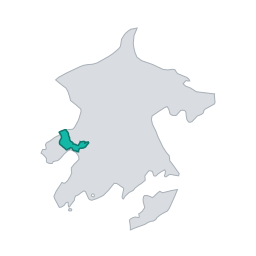 Qakh District, Qax, Azerbaijan shown in context, rotated 280°
{"feature_id": "54616110B49356278605879", "entity_name": "Qakh District", "entity_type": "district", "adm_level": 2, "iso_a3": "AZE", "parent_name": "Azerbaijan", "parent_adm1": "Qax", "projection": "orthographic", "projection_center": [46.895, 41.256], "detail": "fine", "context": "in_parent", "style": "filled", "palette": "teal", "viewbox_px": 256, "rotation_deg": 280, "n_neighbors": 0, "source": "geoboundaries", "source_scale": "gbopen_adm2", "svg_char_len": 5020}
<svg xmlns="http://www.w3.org/2000/svg" viewBox="0 0 256 256"><g transform="rotate(280 128 128)"><path d="M176.6,207.4L175.6,207.3L168.1,209.3L166.5,208.7L160.0,200.7L158.7,199.8L155.9,199.5L154.3,198.1L152.9,196.0L152.1,194.4L145.5,190.0L144.5,188.4L144.3,187.0L145.3,185.7L146.4,184.6L149.6,183.4L153.3,182.4L154.5,181.7L155.1,180.5L155.0,178.7L154.4,176.8L149.0,173.5L148.4,172.1L148.2,170.3L148.4,168.4L149.3,166.9L153.6,164.9L155.9,162.8L154.4,160.5L149.6,155.3L144.0,149.6L140.3,149.6L136.0,151.4L129.1,156.4L125.3,158.5L120.4,162.0L115.0,165.9L110.6,170.0L107.8,173.4L102.9,174.9L100.3,177.8L92.0,186.3L89.7,186.2L89.6,181.9L89.7,178.6L89.2,176.6L86.5,174.0L86.5,172.8L87.2,172.1L89.3,172.5L91.9,172.4L93.2,171.4L90.3,167.9L87.9,165.5L85.7,163.9L85.3,163.0L85.3,162.3L85.7,161.5L89.4,159.6L89.7,157.9L89.5,155.9L83.8,152.9L79.4,154.0L75.6,150.7L73.2,148.1L70.1,145.4L67.4,143.9L64.8,140.4L60.2,136.9L57.3,135.8L57.4,135.3L57.9,134.7L59.1,134.1L67.3,134.4L68.3,133.8L68.8,132.3L69.9,130.1L71.3,126.8L71.2,124.0L63.1,119.5L57.2,115.3L53.2,109.8L50.5,104.8L50.7,103.2L51.5,101.6L57.9,97.2L58.3,96.0L58.2,95.2L56.0,92.9L53.2,90.4L52.3,88.6L50.6,87.7L47.2,87.6L41.4,84.5L40.1,84.2L39.9,83.6L40.2,83.0L44.4,81.9L44.4,80.9L43.1,79.6L40.8,78.6L38.6,76.2L37.9,74.1L45.6,68.1L47.9,66.9L52.8,68.1L63.0,72.4L62.3,74.6L63.3,75.9L65.7,77.7L70.2,79.5L74.0,80.4L76.0,79.7L78.9,79.1L82.8,81.1L86.3,83.7L88.0,84.8L89.0,85.1L91.7,84.2L94.9,80.9L96.2,76.9L96.6,75.0L94.7,72.3L90.9,69.4L86.5,66.9L83.8,64.6L82.0,60.2L80.2,59.7L79.8,59.1L79.5,57.6L79.6,55.5L80.2,53.9L82.0,53.2L83.7,53.0L85.3,51.4L87.4,48.4L88.2,46.7L92.0,47.7L92.5,50.4L93.1,51.0L94.7,50.7L97.3,49.6L99.3,50.4L102.0,53.7L105.6,57.1L107.6,59.4L108.4,61.0L110.3,62.5L113.1,64.3L115.3,67.1L117.2,73.7L119.2,75.2L126.4,77.6L128.9,78.1L135.9,78.9L138.4,78.3L141.9,72.6L145.0,66.7L148.0,65.4L153.5,62.5L156.7,59.8L158.0,56.9L161.0,51.5L162.8,48.4L166.0,51.0L171.7,58.2L180.0,70.0L182.0,73.3L183.4,77.2L184.6,81.9L186.6,86.1L195.0,96.4L198.6,100.2L204.5,105.1L206.6,106.2L209.3,106.4L214.2,106.2L218.8,108.0L221.1,109.3L223.5,111.3L225.7,113.5L228.0,119.6L220.0,117.9L212.1,118.5L207.6,120.0L203.3,121.9L199.2,124.6L196.7,129.7L194.8,141.3L191.8,152.2L192.1,157.2L193.6,162.0L193.5,164.2L192.1,165.3L190.2,167.3L188.0,177.3L186.8,179.3L185.2,180.6L184.7,179.5L184.8,176.9L181.2,174.6L179.3,177.3L178.2,182.8L175.7,188.6L175.6,189.7L176.6,207.4ZM56.8,106.0L57.1,104.4L56.2,103.7L55.1,103.7L54.2,104.4L54.2,106.4L55.4,106.7L56.8,106.0ZM29.7,150.6L28.5,148.9L28.0,148.0L31.5,147.4L37.5,145.4L39.1,146.5L40.7,148.7L41.6,150.5L41.7,154.0L42.4,154.6L45.3,153.5L46.5,154.9L48.7,156.6L52.5,158.3L58.1,155.8L60.9,155.2L63.2,155.3L64.4,156.1L64.8,158.8L64.3,162.1L63.6,163.9L64.8,165.2L69.3,168.5L71.2,170.3L70.2,173.3L73.6,180.9L74.7,183.8L76.0,187.4L69.0,185.9L56.4,182.7L53.0,181.1L49.8,176.9L47.9,174.8L45.0,172.2L42.7,171.2L40.9,169.3L40.0,166.6L38.5,164.2L36.0,161.3L30.4,151.6L29.7,150.6ZM38.4,86.4L37.7,86.9L36.5,86.4L36.2,85.2L36.3,83.9L37.5,83.7L38.4,84.1L38.6,85.2L38.4,86.4Z" fill="#d9dde1" stroke="#a8b0b8" stroke-width="1"/><path d="M115.4,67.4L115.4,66.9L115.4,66.2L115.1,65.7L114.6,64.9L114.1,64.1L113.8,63.4L113.3,62.7L113.0,62.3L112.7,61.8L112.3,61.2L111.7,61.0L111.2,61.5L110.9,61.8L110.6,62.1L110.3,62.4L110.1,62.5L109.9,62.7L109.5,63.1L109.1,63.4L108.5,63.7L107.9,63.9L107.4,64.0L106.7,64.2L106.1,64.0L105.7,63.9L105.2,63.7L104.5,63.4L104.0,63.3L103.4,63.0L103.0,63.0L101.9,63.0L101.4,63.1L100.7,63.4L100.3,63.6L99.9,64.1L99.6,64.7L99.3,65.2L99.0,65.8L98.7,66.3L98.3,66.9L97.9,67.5L97.6,68.1L97.4,68.6L97.1,69.2L96.7,69.8L96.3,70.2L95.9,70.9L95.8,71.2L96.1,71.9L96.4,72.2L96.9,72.6L97.3,73.2L97.3,74.0L97.9,74.3L98.6,74.6L98.8,75.2L98.6,76.0L98.4,76.6L97.9,76.7L97.5,77.0L97.3,77.3L96.8,77.8L96.5,78.3L96.4,79.1L96.5,79.8L96.4,80.6L96.1,81.2L95.9,81.7L96.2,82.3L95.9,82.8L96.0,83.4L96.6,83.3L97.4,83.3L98.3,83.4L99.0,83.7L99.6,84.2L100.0,84.9L100.0,85.6L100.1,86.2L100.3,86.7L100.4,87.2L100.6,87.6L101.1,88.3L101.4,88.7L101.7,89.1L102.2,89.6L102.4,89.8L102.7,90.0L102.6,89.9L103.2,89.9L104.4,90.7L105.1,91.1L105.6,91.4L106.3,91.8L106.7,91.8L107.1,91.6L107.3,91.4L107.2,91.3L107.2,90.6L106.9,89.7L106.7,89.2L106.2,89.0L105.6,88.4L105.6,88.0L106.4,88.0L107.1,87.8L107.1,87.6L107.1,87.2L107.1,86.6L107.0,86.2L106.8,85.7L106.7,85.4L106.4,84.7L106.3,84.0L105.7,83.5L105.8,83.4L105.6,83.4L105.5,83.2L105.1,83.2L104.6,83.0L104.3,82.8L103.8,82.6L103.3,82.5L103.0,82.4L102.6,82.2L102.1,82.0L102.1,81.5L102.2,80.9L102.3,80.4L102.3,80.0L102.6,79.7L102.7,79.2L102.7,78.6L102.9,77.8L102.7,77.2L102.6,76.8L103.0,76.6L103.7,76.4L104.0,76.1L104.2,75.8L104.3,75.6L104.4,75.4L104.7,74.9L104.7,74.5L104.7,74.1L105.0,73.8L105.3,73.6L105.5,73.3L105.9,73.1L106.1,72.8L106.5,72.6L106.9,72.4L107.1,72.3L107.6,72.3L108.0,72.2L108.5,72.1L109.0,71.7L109.3,71.2L109.9,71.1L110.1,70.9L110.7,70.7L111.1,70.5L111.4,70.4L112.2,70.3L112.7,69.9L113.0,69.7L113.6,69.2L113.9,68.9L114.2,68.4L114.4,68.1L114.6,67.8L115.1,67.4L115.4,67.4Z" fill="#14b8a6" stroke="#0f766e" stroke-width="1.5"/></g></svg>